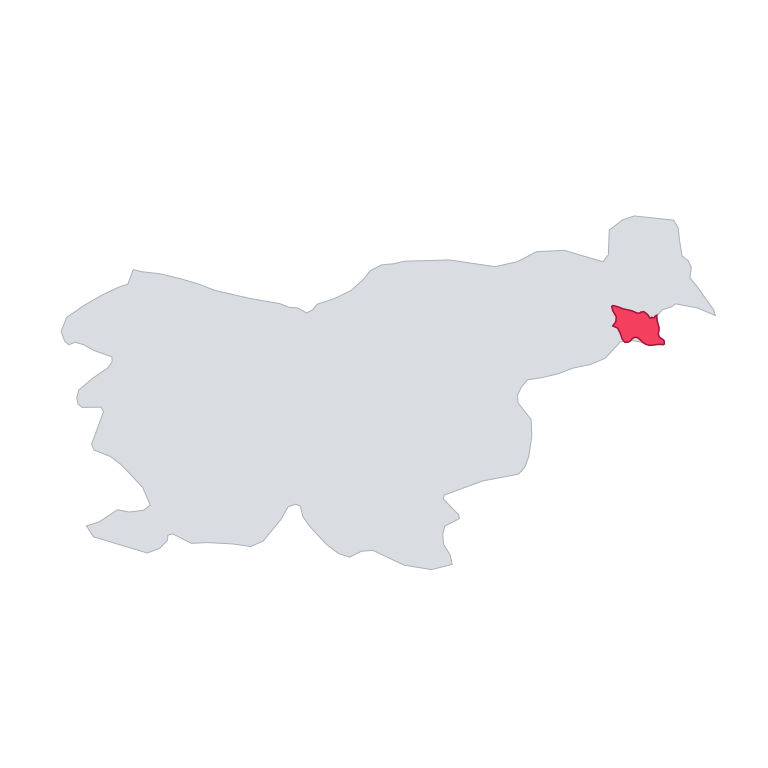 Ormož on a map of Slovenia (Robinson projection), rotated 4°
{"feature_id": "SVN-1047", "entity_name": "Ormož", "entity_type": "Municipality", "adm_level": 1, "iso_a3": "SVN", "parent_name": "Slovenia", "parent_adm1": "", "projection": "robinson", "projection_center": [16.169, 46.439], "detail": "fine", "context": "in_parent", "style": "filled", "palette": "rose", "viewbox_px": 768, "rotation_deg": 4, "n_neighbors": 0, "source": "natural_earth", "source_scale": "10m", "svg_char_len": 2470}
<svg xmlns="http://www.w3.org/2000/svg" viewBox="0 0 768 768"><g transform="rotate(4 384 384)"><path d="M709.8,292.6L691.4,286.3L669.4,283.7L665.2,287.1L656.3,290.6L651.8,296.8L655.3,321.2L649.9,325.4L624.8,323.0L616.5,325.8L602.9,342.8L588.9,350.0L571.0,355.1L557.9,361.3L541.2,366.6L527.0,369.8L521.4,377.3L518.0,385.5L518.9,393.4L533.2,409.1L535.1,425.8L533.5,446.3L530.2,457.2L524.5,464.5L488.9,473.9L451.9,490.6L451.1,494.5L467.8,509.4L468.5,513.1L454.5,521.6L453.1,530.1L454.7,539.9L462.0,550.1L464.6,559.2L444.3,565.8L416.8,563.4L384.4,550.7L373.0,552.5L361.9,559.1L350.6,556.3L338.3,548.5L320.8,532.2L312.4,522.2L309.0,511.6L304.2,510.1L296.9,513.2L290.8,526.1L274.3,549.2L262.3,555.4L244.2,554.1L218.8,554.5L202.9,556.4L183.7,548.2L179.0,549.8L178.9,555.1L171.6,563.6L159.6,569.1L104.8,556.7L97.1,546.3L109.6,541.4L127.0,528.0L138.7,529.5L153.0,526.7L159.3,521.0L150.5,504.1L127.9,483.2L115.9,475.3L99.3,470.1L96.5,464.4L106.1,431.5L103.4,426.8L84.4,428.4L80.0,425.0L78.5,419.2L79.9,411.4L92.9,398.6L107.3,387.3L111.2,380.9L110.7,375.9L92.6,370.9L81.6,365.7L72.9,363.9L66.9,366.8L62.5,363.6L58.2,354.1L62.8,339.7L79.4,326.4L97.2,314.5L112.6,305.9L121.5,302.2L125.9,287.4L135.0,288.9L153.1,289.7L173.2,293.1L192.0,297.2L208.5,302.4L243.3,307.9L274.9,311.2L284.4,314.3L292.2,314.0L301.8,318.5L307.5,315.1L311.7,309.1L329.0,302.0L344.9,292.8L356.2,281.1L362.5,271.8L373.4,265.3L385.1,263.4L395.7,260.1L440.6,255.7L486.6,259.2L508.6,252.7L526.7,241.4L553.2,238.2L554.5,238.1L594.0,246.8L597.1,241.7L598.8,239.5L598.0,214.8L610.5,203.6L622.1,198.9L661.5,200.4L666.7,208.0L668.7,219.7L672.3,235.4L678.8,239.8L682.4,245.9L681.8,256.8L689.5,264.9L707.6,286.9L709.8,292.6Z" fill="#d9dde1" stroke="#a8b0b8" stroke-width="1"/><path d="M651.3,296.5L651.2,298.1L652.0,301.6L654.5,308.7L654.6,310.8L654.2,315.0L654.8,317.1L656.1,318.4L659.6,320.4L660.6,321.7L660.8,323.9L660.9,324.5L659.9,325.3L655.2,325.3L647.8,326.8L646.0,326.9L642.5,326.2L639.6,324.7L634.6,320.6L632.6,319.8L630.0,320.2L628.3,321.8L626.7,323.8L624.7,325.2L622.3,325.6L621.1,325.4L618.4,322.4L616.4,317.4L613.2,312.0L608.1,310.1L610.9,305.7L611.0,300.7L607.1,295.0L605.7,290.7L607.0,289.7L613.4,291.0L616.8,292.2L626.3,293.7L631.1,295.4L633.4,295.6L634.4,295.3L635.0,294.4L638.1,293.7L640.8,295.3L642.5,296.7L644.6,299.5L645.0,299.6L645.6,299.5L646.4,298.8L647.7,299.2L648.8,299.0L649.3,298.3L649.8,297.4L650.7,296.8L651.2,296.6L651.3,296.5Z" fill="#f43f5e" stroke="#9f1239" stroke-width="1.5"/></g></svg>